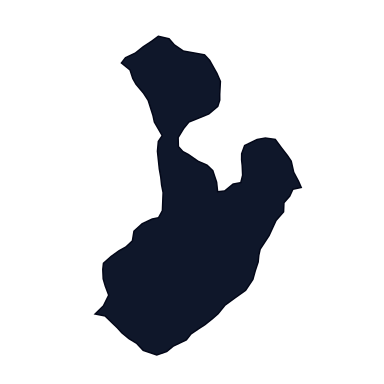 outline of Agia Trias, Cyprus, rotated 264°
{"feature_id": "46923920B13972666362047", "entity_name": "Agia Trias", "entity_type": "district", "adm_level": 2, "iso_a3": "CYP", "parent_name": "Cyprus", "parent_adm1": "", "projection": "equal_earth", "projection_center": [34.248, 35.534], "detail": "fine", "context": "isolated", "style": "filled", "palette": "ink", "viewbox_px": 384, "rotation_deg": 264, "n_neighbors": 0, "source": "geoboundaries", "source_scale": "gbopen_adm2", "svg_char_len": 1479}
<svg xmlns="http://www.w3.org/2000/svg" viewBox="0 0 384 384"><g transform="rotate(264 192 192)"><path d="M84.2,87.2L80.8,82.9L77.8,92.6L70.0,99.1L64.7,103.6L59.3,107.5L52.7,114.0L47.3,121.1L39.6,126.9L33.6,139.9L36.0,150.2L40.7,157.3L45.5,170.9L50.9,176.1L55.1,183.9L58.7,191.0L64.1,199.4L68.2,205.2L76.0,213.0L82.0,223.3L88.6,235.0L98.7,243.4L107.1,246.7L115.5,250.5L122.0,251.8L128.0,253.8L140.6,264.1L154.9,272.6L162.7,281.0L171.7,282.3L177.6,288.7L184.2,292.6L185.1,301.1L191.4,299.1L201.0,295.2L212.3,293.9L218.3,290.7L226.7,285.5L235.6,280.3L238.0,270.6L237.4,262.2L232.7,249.2L224.9,245.4L218.9,244.7L212.9,244.7L203.4,244.1L196.2,241.5L195.6,233.7L189.6,224.6L189.6,217.5L199.2,217.5L205.1,216.2L211.1,214.9L217.1,209.8L221.9,201.3L229.7,192.3L233.2,187.1L238.6,183.2L247.6,183.9L256.0,190.3L261.9,196.2L264.3,204.6L267.9,216.9L274.5,226.6L280.5,229.2L286.5,229.8L299.0,231.8L307.4,229.2L313.4,226.6L321.1,223.3L327.1,218.8L330.1,208.5L333.1,198.1L340.3,189.7L346.8,185.2L350.4,174.8L346.2,167.7L341.5,158.6L336.1,150.2L332.5,139.9L327.7,135.3L319.9,143.1L311.0,145.0L305.0,147.6L295.4,154.1L287.7,158.0L272.1,161.2L265.5,161.9L251.2,168.3L245.8,163.8L236.2,161.9L230.3,161.9L218.3,161.9L209.9,162.5L202.2,162.5L194.4,163.2L176.5,160.6L169.9,156.0L169.3,149.6L165.7,139.2L159.1,130.2L149.6,127.6L144.2,120.4L141.2,113.3L136.4,104.9L130.4,96.5L124.4,95.2L114.9,94.6L107.7,95.9L98.1,98.4L88.0,92.0L84.2,87.2Z" fill="#0f172a" stroke="#020617" stroke-width="1.5"/></g></svg>